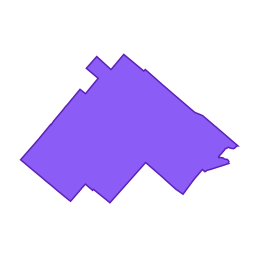 the district of General Paz, Buenos Aires, Argentina, rotated 267°
{"feature_id": "61730980B14792793371960", "entity_name": "General Paz", "entity_type": "district", "adm_level": 2, "iso_a3": "ARG", "parent_name": "Argentina", "parent_adm1": "Buenos Aires", "projection": "orthographic", "projection_center": [-58.446, -35.474], "detail": "fine", "context": "isolated", "style": "filled", "palette": "violet", "viewbox_px": 256, "rotation_deg": 267, "n_neighbors": 0, "source": "geoboundaries", "source_scale": "gbopen_adm2", "svg_char_len": 2237}
<svg xmlns="http://www.w3.org/2000/svg" viewBox="0 0 256 256"><g transform="rotate(267 128 128)"><path d="M201.0,100.5L189.8,89.5L179.2,100.8L164.5,87.4L169.1,82.1L154.3,68.5L151.9,66.1L150.1,64.6L138.9,54.2L135.3,51.4L135.6,51.0L121.6,38.2L101.9,19.1L93.1,28.5L92.1,29.6L86.5,35.6L83.4,39.0L82.2,40.3L78.9,43.7L75.5,47.5L73.2,50.0L68.8,54.6L66.2,57.5L62.6,61.4L59.3,65.1L57.9,66.8L59.7,68.6L60.4,69.3L63.4,72.1L67.2,75.8L70.7,79.0L74.2,82.6L71.3,85.5L67.6,89.4L68.5,90.3L64.8,94.4L60.6,99.1L58.5,101.4L57.1,103.0L54.3,106.0L92.6,143.8L81.5,155.3L77.2,159.8L74.8,162.1L64.4,172.5L59.0,179.5L63.4,183.1L71.4,189.7L74.4,192.3L78.5,196.2L82.6,200.1L80.3,202.5L81.6,204.8L82.5,208.9L87.2,226.5L87.3,226.3L87.7,226.2L87.8,226.3L88.0,226.4L88.4,226.7L88.9,227.0L89.1,227.0L89.5,226.9L90.1,226.5L90.3,226.3L90.7,226.1L91.1,225.8L91.4,225.6L91.5,225.1L91.6,224.7L91.6,224.3L91.7,223.9L91.7,223.4L91.8,222.9L92.1,222.5L92.3,222.3L92.6,222.1L92.8,221.9L93.0,221.6L93.1,221.2L93.2,220.9L93.4,220.7L93.5,220.4L93.5,220.1L93.4,219.8L93.4,219.6L93.5,219.3L93.7,219.0L93.8,218.7L93.8,218.4L93.7,218.0L93.6,217.6L93.6,217.4L93.7,217.1L93.9,217.0L94.2,216.9L94.4,217.1L94.7,217.3L95.0,217.5L95.4,217.8L95.7,217.9L96.0,218.0L96.1,218.3L96.3,218.5L96.5,218.9L96.8,219.2L97.1,219.3L97.3,219.6L97.5,219.9L97.7,220.2L98.0,220.4L98.2,220.6L98.4,220.7L98.7,220.9L98.8,221.0L99.0,221.1L99.1,221.4L99.4,221.6L99.5,221.9L99.9,222.1L100.0,222.2L100.2,222.4L100.4,222.6L100.5,222.8L100.8,223.1L101.0,223.3L101.6,223.5L101.9,223.7L102.1,223.8L102.3,224.0L102.3,224.4L102.3,224.7L102.4,225.0L102.6,225.3L102.7,225.7L102.8,226.0L103.2,226.6L103.4,226.8L103.5,227.0L103.5,227.3L103.4,227.6L103.3,227.9L103.1,228.1L102.9,228.4L102.8,228.6L102.7,228.7L102.7,229.0L102.6,229.3L102.4,229.7L102.2,230.0L102.2,230.4L102.2,230.5L102.1,231.0L102.0,231.5L101.8,232.0L101.9,232.5L102.1,232.9L102.3,233.4L102.6,233.7L102.9,234.1L103.2,234.4L103.5,234.8L103.8,235.1L104.1,235.4L104.3,235.8L104.3,236.0L104.3,236.4L104.3,236.9L114.0,226.8L118.7,221.9L130.8,209.1L136.5,203.1L139.1,197.7L139.8,195.9L142.5,192.9L153.9,180.9L161.7,172.7L167.8,166.4L167.9,166.2L185.5,148.3L184.0,146.8L201.7,127.6L187.2,114.1L201.0,100.5Z" fill="#8b5cf6" stroke="#5b21b6" stroke-width="1.5"/></g></svg>